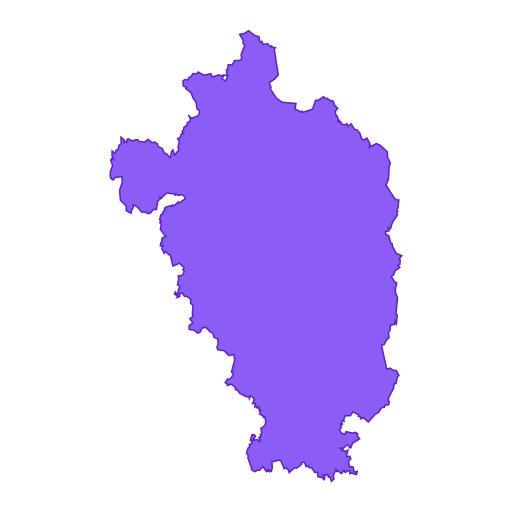 the district of Tamazula de Gordiano, Jalisco, Mexico
{"feature_id": "50627088B40756247802692", "entity_name": "Tamazula de Gordiano", "entity_type": "district", "adm_level": 2, "iso_a3": "MEX", "parent_name": "Mexico", "parent_adm1": "Jalisco", "projection": "equal_earth", "projection_center": [-103.178, 19.686], "detail": "fine", "context": "isolated", "style": "filled", "palette": "violet", "viewbox_px": 512, "rotation_deg": 0, "n_neighbors": 0, "source": "geoboundaries", "source_scale": "gbopen_adm2", "svg_char_len": 6071}
<svg xmlns="http://www.w3.org/2000/svg" viewBox="0 0 512 512"><path d="M126.3,210.7L131.0,213.2L131.7,209.9L133.3,207.6L133.0,205.0L133.9,205.1L137.4,207.0L141.7,212.1L144.8,212.0L148.0,213.7L150.5,213.0L153.3,209.5L156.4,209.6L157.8,201.0L160.4,198.8L159.9,197.3L161.3,198.2L166.5,193.1L174.5,193.9L175.3,195.8L175.4,194.0L178.6,195.5L181.1,194.6L183.7,195.6L185.4,198.6L179.4,202.9L178.3,201.9L174.1,205.8L172.6,204.9L171.4,206.7L170.8,205.6L165.9,207.1L164.5,208.4L164.8,210.1L162.9,212.0L162.7,214.4L160.8,214.7L159.6,219.9L161.1,221.2L159.8,222.8L161.3,224.2L160.3,229.3L165.7,236.6L162.4,237.8L161.6,240.8L162.4,242.2L160.7,242.9L160.4,246.0L163.0,245.4L161.8,248.6L164.2,253.3L165.5,251.5L168.8,254.7L170.2,254.6L172.9,266.1L179.5,263.2L184.1,267.7L182.9,269.7L184.3,271.5L182.4,275.2L178.2,276.0L178.7,279.2L177.4,284.7L179.8,286.2L178.1,290.8L178.4,292.2L177.4,294.5L175.4,292.0L174.4,294.0L177.9,296.4L176.9,297.6L177.6,297.5L179.8,296.3L179.6,294.2L182.3,292.8L184.4,296.2L187.4,296.6L190.7,299.3L190.6,303.4L193.1,305.3L192.3,313.5L193.1,316.4L189.8,318.7L192.9,322.9L189.1,325.5L189.1,329.3L194.1,330.2L197.7,333.2L200.4,331.9L201.9,328.2L205.9,327.4L210.5,332.2L212.7,332.9L214.0,337.3L217.7,338.9L218.2,344.7L216.9,347.0L217.8,349.8L224.0,350.6L229.0,355.6L233.8,354.5L234.7,360.0L231.4,372.3L233.2,373.0L233.2,374.3L231.8,377.0L228.6,379.9L227.6,379.0L225.2,382.7L227.6,384.0L227.3,385.3L231.9,384.3L235.7,388.2L235.3,389.4L238.0,390.6L239.5,393.2L246.3,396.7L249.0,396.8L249.3,398.7L250.5,395.9L251.7,396.2L254.4,399.1L252.4,403.6L255.4,403.4L254.8,406.8L256.0,405.8L256.6,407.7L259.2,407.4L258.5,408.7L260.5,410.1L259.3,410.8L260.5,413.5L259.8,414.2L262.8,415.7L263.4,417.3L264.7,416.5L265.9,422.2L264.8,425.5L260.9,428.5L261.7,433.2L260.2,435.0L260.9,436.9L259.0,437.5L260.2,440.0L259.7,441.4L257.5,439.5L252.8,440.3L255.4,436.2L254.3,434.7L252.0,434.6L250.3,440.5L251.9,441.2L251.8,443.3L249.3,444.4L249.7,446.9L248.2,447.8L246.5,452.9L248.5,456.1L247.8,457.5L250.6,465.7L251.6,466.2L251.1,468.0L252.3,470.4L255.2,471.7L257.5,470.0L259.4,470.4L263.0,466.7L266.5,471.7L267.4,470.5L268.9,471.5L268.7,469.9L271.3,471.5L272.3,467.8L271.9,461.9L279.7,460.1L281.1,461.3L284.2,468.7L285.4,467.6L288.4,469.9L289.1,472.6L294.5,467.8L296.4,468.2L299.7,466.0L301.4,464.3L301.5,462.6L304.6,462.4L306.1,466.7L307.7,465.7L309.4,467.8L311.8,467.8L314.8,472.4L317.7,472.3L318.0,476.9L322.0,477.4L323.9,479.7L325.0,477.4L322.7,474.9L326.2,475.3L327.1,474.3L328.2,474.9L328.2,477.0L330.2,477.3L331.4,481.3L334.1,479.0L333.2,476.2L335.7,469.2L336.7,469.7L336.6,471.5L337.9,471.0L341.6,473.6L343.8,470.5L345.4,472.5L348.2,470.5L349.6,470.8L349.9,473.7L351.6,472.9L356.4,474.7L357.2,471.4L355.3,472.1L353.8,471.1L353.3,467.0L349.4,466.5L348.5,461.3L350.8,458.9L349.9,456.3L346.4,456.7L347.9,450.2L344.7,451.7L343.6,450.1L342.1,450.6L342.2,448.5L339.1,448.0L343.2,448.2L347.2,444.9L349.6,446.5L349.3,447.7L350.9,447.7L352.4,443.3L359.7,438.8L357.5,436.3L356.9,434.3L357.7,433.8L355.5,432.3L352.5,433.1L346.0,431.6L345.0,434.4L341.5,433.1L339.3,429.8L341.1,427.8L340.6,423.5L341.3,425.4L342.5,424.0L341.3,422.9L342.5,420.4L344.7,421.8L343.4,420.4L345.1,415.8L350.4,415.7L352.8,411.8L358.8,414.9L358.3,416.2L361.3,417.6L360.8,418.8L363.7,417.8L368.3,422.1L374.8,414.7L378.5,412.4L381.9,407.4L384.2,407.4L385.2,405.1L388.5,404.9L389.3,402.5L388.3,399.8L388.8,397.4L393.6,388.0L394.1,383.9L396.0,383.5L397.4,376.6L398.9,375.6L396.5,370.7L392.5,370.0L390.3,368.1L386.7,369.0L381.6,346.0L382.0,344.9L384.0,344.8L386.5,339.9L389.0,337.8L388.4,332.6L389.9,330.7L390.6,325.1L394.7,324.4L395.0,320.9L396.4,323.7L397.3,315.0L395.9,314.1L397.5,297.6L395.4,292.4L395.4,288.3L396.8,283.0L394.6,281.9L391.3,276.5L393.8,274.6L395.0,270.8L399.8,267.5L397.7,265.3L399.9,264.5L400.2,259.9L399.0,259.1L401.8,255.7L396.2,253.3L392.4,246.2L392.2,243.7L390.7,243.1L388.8,235.8L385.7,234.3L385.4,231.7L389.2,230.7L388.1,227.9L390.5,228.7L392.4,222.3L397.4,215.2L396.7,212.6L397.8,211.3L396.9,209.7L398.0,208.0L398.8,200.0L396.3,199.9L394.2,197.9L386.0,185.0L388.4,179.5L389.1,167.1L390.3,162.9L387.6,157.4L387.3,151.8L379.9,145.1L376.3,143.5L371.3,146.4L370.7,145.6L369.5,147.2L369.8,143.3L366.9,138.1L363.2,140.1L361.5,138.6L360.1,133.7L357.3,130.1L354.4,129.2L351.2,123.9L347.9,126.2L346.8,123.6L345.4,124.7L341.7,124.3L340.8,121.8L338.9,121.7L339.1,120.7L338.0,121.5L338.2,119.4L337.3,116.2L335.9,115.1L335.2,111.6L337.7,108.2L335.0,105.8L332.7,100.6L331.4,101.2L327.2,98.4L324.8,98.4L323.7,96.7L317.7,100.5L315.6,100.2L312.6,109.1L302.6,112.5L302.4,111.3L300.9,111.9L295.0,108.9L296.0,103.5L281.8,102.2L276.0,97.7L270.4,88.9L271.0,87.2L269.2,82.7L274.7,79.0L278.3,74.8L274.2,49.2L275.3,47.7L272.1,47.2L271.6,45.9L270.1,46.7L267.6,43.7L263.2,44.4L261.9,41.6L261.5,42.5L259.7,41.4L259.0,36.6L254.9,35.6L248.5,30.7L244.9,33.3L239.6,34.4L243.1,40.1L243.1,43.5L244.8,45.3L241.1,54.6L241.7,58.8L239.7,60.4L234.6,60.6L232.2,64.9L228.2,64.7L227.6,69.2L226.2,70.1L227.0,71.4L226.5,75.0L227.9,75.6L225.6,81.1L222.0,78.7L223.9,75.4L224.9,75.5L224.1,74.8L221.4,75.7L218.7,74.9L212.0,77.0L210.9,73.7L203.8,75.2L198.2,72.0L197.3,73.6L192.8,73.6L191.2,76.4L188.5,77.8L188.5,79.8L184.6,79.6L183.0,81.0L183.2,85.8L186.5,87.6L185.8,88.6L191.3,92.9L192.8,97.7L196.0,102.2L197.1,109.1L199.5,110.5L199.4,112.8L198.2,115.8L192.1,118.1L189.9,117.3L188.4,114.8L190.4,119.1L189.4,122.2L187.5,122.3L186.7,125.4L183.8,127.4L183.8,129.6L182.0,131.6L183.5,133.5L181.2,134.1L180.4,137.5L177.6,138.6L179.3,141.6L178.1,147.2L178.8,149.9L174.5,155.2L173.1,149.9L171.5,151.6L170.4,157.7L166.0,153.4L164.5,153.4L162.3,148.6L157.8,146.2L157.5,144.1L154.6,142.0L152.0,142.7L148.2,139.4L144.4,142.1L139.3,141.5L137.3,139.5L132.1,140.9L128.2,138.7L126.5,140.5L127.2,141.7L124.0,142.5L124.4,140.2L121.0,137.2L121.2,143.6L119.2,145.2L117.8,150.0L116.1,150.1L115.0,153.4L112.1,151.0L112.0,155.7L113.5,159.4L111.6,158.5L110.7,160.1L112.6,165.6L110.4,171.3L110.2,176.3L111.2,178.8L113.3,180.0L115.0,177.5L122.0,176.7L122.2,182.5L119.6,190.3L120.4,200.2L126.1,205.9L126.3,210.7Z" fill="#8b5cf6" stroke="#5b21b6" stroke-width="1.5"/></svg>